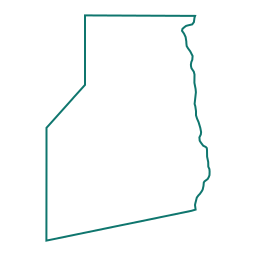 outline of Assunção do Piauí, Piauí, Brazil
{"feature_id": "56859067B20016792285726", "entity_name": "Assunção do Piauí", "entity_type": "district", "adm_level": 2, "iso_a3": "BRA", "parent_name": "Brazil", "parent_adm1": "Piauí", "projection": "robinson", "projection_center": [-40.956, -5.876], "detail": "fine", "context": "isolated", "style": "outline", "palette": "teal", "viewbox_px": 256, "rotation_deg": 0, "n_neighbors": 0, "source": "geoboundaries", "source_scale": "gbopen_adm2", "svg_char_len": 1041}
<svg xmlns="http://www.w3.org/2000/svg" viewBox="0 0 256 256"><path d="M195.1,15.9L172.6,15.8L85.0,15.4L85.0,23.6L85.0,84.9L73.7,97.4L72.6,98.7L58.1,114.9L48.7,125.4L46.5,127.8L46.5,153.2L46.5,154.6L46.4,240.6L74.2,234.9L116.0,226.3L158.1,217.7L160.4,217.2L191.5,210.8L195.6,209.6L195.0,205.0L195.3,203.5L196.8,197.6L198.5,195.3L199.9,193.9L201.9,191.0L202.7,189.5L203.5,185.9L203.8,182.5L204.5,181.4L207.7,179.0L208.8,177.0L209.5,175.1L209.6,171.6L209.4,169.1L208.3,166.7L208.2,162.0L207.1,156.7L207.0,150.1L206.8,148.1L205.8,147.0L203.2,145.7L200.8,142.5L199.7,140.7L199.4,137.4L200.8,134.5L201.1,132.1L200.3,127.9L198.6,122.2L197.0,118.5L196.0,115.3L196.0,111.1L195.3,106.3L194.6,103.9L195.9,92.3L195.6,89.0L194.4,82.8L194.5,74.5L193.8,71.7L191.5,68.3L191.0,66.2L190.9,64.6L191.3,62.1L192.3,59.7L192.6,56.0L190.2,51.3L188.0,48.3L186.7,46.1L186.4,43.5L186.3,41.4L185.6,37.0L184.0,33.6L182.0,30.8L182.5,28.8L184.6,27.0L186.1,25.9L187.9,25.4L192.2,24.4L193.9,22.1L194.5,17.6L195.1,15.9Z" fill="none" stroke="#0f766e" stroke-width="2"/></svg>